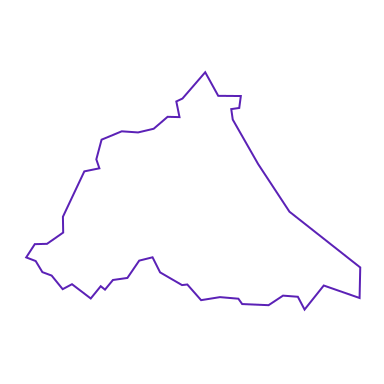 outline of Taylor, Kentucky, United States of America, rotated 179°
{"feature_id": "52423323B50418861880933", "entity_name": "Taylor", "entity_type": "district", "adm_level": 2, "iso_a3": "USA", "parent_name": "United States of America", "parent_adm1": "Kentucky", "projection": "orthographic", "projection_center": [-85.294, 37.338], "detail": "fine", "context": "isolated", "style": "outline", "palette": "violet", "viewbox_px": 384, "rotation_deg": 179, "n_neighbors": 0, "source": "geoboundaries", "source_scale": "gbopen_adm2", "svg_char_len": 755}
<svg xmlns="http://www.w3.org/2000/svg" viewBox="0 0 384 384"><g transform="rotate(179 192 192)"><path d="M102.8,86.8L88.0,85.4L81.5,72.5L61.9,96.2L26.3,83.1L25.1,113.6L94.9,170.6L125.4,218.8L150.0,263.7L151.3,274.2L143.3,275.2L141.5,287.1L164.1,287.7L176.7,311.5L199.9,285.6L206.1,282.8L203.2,267.1L215.1,267.6L229.2,255.9L244.9,252.5L261.2,253.9L281.5,245.9L287.1,226.3L284.2,217.3L299.3,214.5L321.5,169.5L321.5,153.7L337.9,142.7L350.1,142.6L358.9,129.5L349.5,125.7L343.0,114.5L333.8,110.9L323.0,97.1L313.6,101.9L295.1,87.3L284.9,99.4L280.7,95.9L272.6,105.4L258.1,107.2L246.0,124.3L232.6,127.4L225.3,112.2L203.6,99.1L198.3,99.6L184.8,83.7L165.9,86.4L147.5,84.5L143.8,79.1L117.4,77.5L102.8,86.8Z" fill="none" stroke="#5b21b6" stroke-width="2"/></g></svg>